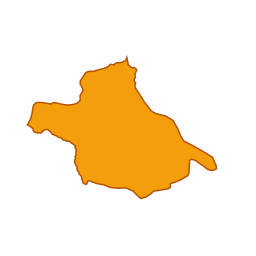 Benoue, Nord, Cameroon (Equal Earth projection), rotated 288°
{"feature_id": "32672807B41938793250317", "entity_name": "Benoue", "entity_type": "district", "adm_level": 2, "iso_a3": "CMR", "parent_name": "Cameroon", "parent_adm1": "Nord", "projection": "equal_earth", "projection_center": [13.438, 9.181], "detail": "fine", "context": "isolated", "style": "filled", "palette": "amber", "viewbox_px": 256, "rotation_deg": 288, "n_neighbors": 0, "source": "geoboundaries", "source_scale": "gbopen_adm2", "svg_char_len": 2686}
<svg xmlns="http://www.w3.org/2000/svg" viewBox="0 0 256 256"><g transform="rotate(288 128 128)"><path d="M116.6,224.8L119.2,223.6L126.3,217.4L128.6,207.8L130.4,199.4L133.0,184.8L136.1,181.3L136.6,180.7L141.8,176.3L142.8,175.4L149.1,168.4L151.0,160.4L150.3,150.3L151.3,145.1L158.0,135.2L164.2,127.9L164.9,127.1L167.4,123.8L167.8,123.3L169.8,121.5L173.0,121.5L174.4,119.4L176.2,118.8L177.1,119.1L178.3,119.4L181.5,118.0L186.0,118.4L187.5,115.7L186.7,112.8L188.0,108.9L191.1,107.1L193.4,105.9L194.6,105.2L192.9,105.2L192.0,104.8L190.9,104.4L189.8,103.1L188.5,102.1L188.0,101.1L187.2,98.7L186.2,96.7L185.0,95.6L184.0,95.3L183.6,94.9L183.5,93.5L183.1,91.5L182.7,91.2L181.8,91.1L180.9,90.7L180.0,89.6L179.3,89.0L178.0,87.8L175.6,84.2L174.7,82.5L173.5,81.2L173.1,80.5L172.8,79.6L172.6,79.6L171.3,77.9L170.7,75.9L169.9,73.5L169.4,72.8L167.7,70.8L158.0,68.0L155.3,68.9L154.9,69.0L153.5,70.7L151.3,72.8L149.4,73.7L147.4,73.1L144.1,72.4L141.5,73.3L139.6,73.9L136.6,72.6L134.2,69.9L131.6,64.8L130.4,60.2L129.5,50.1L128.8,48.9L127.8,48.3L126.9,46.7L126.3,42.6L125.8,39.0L124.7,34.9L123.5,32.6L120.2,31.2L118.5,31.2L113.0,32.1L108.0,32.6L102.7,32.0L99.8,31.3L99.8,32.0L99.5,33.0L99.1,35.0L98.1,37.4L97.7,37.9L96.2,38.8L95.5,39.7L95.4,40.1L95.2,41.3L95.3,42.0L95.5,43.0L95.3,43.6L95.6,43.8L95.9,44.5L96.1,46.3L96.3,46.7L96.8,46.9L98.1,47.9L98.9,47.9L99.5,48.6L100.3,49.3L101.1,50.2L101.6,51.4L101.6,52.0L101.8,52.4L101.0,53.7L100.4,55.6L99.5,56.7L98.8,57.6L98.6,58.5L98.7,59.4L98.3,61.5L98.4,62.9L97.9,63.7L97.8,64.4L97.6,65.5L98.0,67.6L97.9,68.1L97.3,68.6L96.8,69.4L96.5,70.1L96.4,70.5L96.8,71.5L96.9,72.1L96.8,72.7L96.5,73.3L96.7,73.7L96.7,74.1L96.6,74.8L97.0,75.8L97.2,76.1L97.0,77.2L96.4,78.1L96.2,78.6L96.1,80.4L95.5,81.1L95.2,82.4L94.6,83.6L94.2,83.8L93.2,83.4L92.8,84.0L91.7,85.4L91.1,85.6L90.7,85.9L90.3,86.1L89.3,85.8L88.3,86.1L87.9,86.4L87.2,86.5L86.7,86.6L86.6,86.9L85.2,86.8L84.2,86.6L82.9,87.4L81.1,87.2L80.1,87.7L79.2,87.6L78.9,87.6L78.6,88.2L76.4,90.0L74.9,91.8L74.5,92.0L73.7,92.0L73.2,92.3L72.5,92.4L72.1,93.0L70.8,94.7L69.3,95.7L68.5,96.8L68.1,98.1L67.0,99.0L65.6,99.6L63.6,101.1L62.9,101.7L62.2,102.0L61.4,102.9L61.6,103.7L61.5,104.8L61.5,105.6L62.2,106.1L65.0,106.1L65.5,106.5L65.7,106.9L65.9,108.9L65.6,110.2L65.7,112.1L65.6,114.8L65.6,116.9L65.9,117.5L66.0,119.4L65.9,120.0L66.5,121.5L66.0,129.7L67.9,137.9L70.4,144.2L69.6,152.4L66.2,158.8L65.9,159.6L64.9,162.1L67.6,166.0L69.0,167.2L72.2,169.9L76.1,172.1L78.1,176.5L82.7,185.2L85.1,186.7L86.8,185.5L87.7,185.4L88.4,185.9L91.3,189.8L94.9,194.1L101.2,199.6L104.3,199.8L116.1,196.6L117.8,197.7L118.1,201.4L115.5,210.2L114.5,213.1L113.1,217.2L113.7,221.7L116.6,224.8Z" fill="#f59e0b" stroke="#b45309" stroke-width="1.5"/></g></svg>